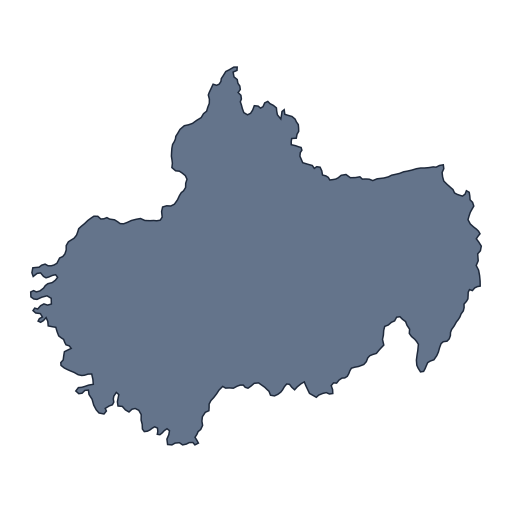 outline of Jaboticatubas, Minas Gerais, Brazil
{"feature_id": "56859067B91288962070993", "entity_name": "Jaboticatubas", "entity_type": "district", "adm_level": 2, "iso_a3": "BRA", "parent_name": "Brazil", "parent_adm1": "Minas Gerais", "projection": "mercator", "projection_center": [-43.732, -19.423], "detail": "fine", "context": "isolated", "style": "filled", "palette": "slate", "viewbox_px": 512, "rotation_deg": 0, "n_neighbors": 0, "source": "geoboundaries", "source_scale": "gbopen_adm2", "svg_char_len": 5937}
<svg xmlns="http://www.w3.org/2000/svg" viewBox="0 0 512 512"><path d="M41.6,265.2L39.1,267.2L35.6,267.5L32.8,267.8L31.9,272.7L33.2,276.5L37.1,273.4L40.6,272.9L43.5,276.4L46.0,277.8L48.8,277.0L52.4,275.4L55.6,274.7L57.6,277.3L55.4,280.2L52.2,282.6L47.8,283.7L45.3,285.6L43.6,288.1L39.8,291.0L36.3,291.9L33.6,290.6L30.7,292.0L30.9,296.9L33.8,299.0L37.0,299.4L41.8,297.2L47.0,295.8L51.2,298.3L51.4,304.0L47.6,305.1L43.9,303.9L40.6,305.7L37.7,309.0L34.7,308.1L33.0,310.6L35.7,313.0L40.4,313.6L42.4,317.0L39.4,318.6L38.1,321.1L40.6,322.3L43.4,320.6L46.1,317.6L47.8,321.4L48.2,325.9L52.2,326.7L55.8,327.3L57.1,331.7L58.7,335.9L61.3,337.9L63.6,339.4L64.7,342.3L66.0,344.8L69.3,345.9L71.2,348.4L68.2,349.8L64.4,351.7L63.7,355.9L63.2,359.9L60.8,362.6L61.0,365.4L64.3,368.0L67.5,369.6L70.4,370.9L74.1,372.4L78.1,374.7L81.8,375.5L84.6,375.2L88.0,374.1L91.7,374.0L92.9,379.4L93.3,384.3L88.6,385.1L84.9,386.4L81.8,387.3L78.4,387.6L75.8,391.0L78.8,393.7L82.1,393.2L84.9,390.4L88.4,390.1L89.0,394.5L92.1,399.3L93.7,405.1L96.2,409.8L99.0,413.0L104.0,414.0L106.4,411.0L105.2,408.4L109.3,405.9L112.4,404.8L113.8,402.1L113.3,399.0L113.8,396.2L116.3,392.4L118.8,394.6L117.4,401.8L118.0,406.0L122.3,406.4L125.4,409.9L129.0,412.0L132.0,409.2L135.2,408.5L138.8,410.3L141.2,414.6L141.1,420.1L142.2,424.3L142.4,429.0L144.3,431.6L147.4,431.2L150.0,429.9L152.2,428.2L154.7,426.8L157.5,428.1L157.8,431.5L157.3,434.3L159.9,434.7L162.2,432.9L164.2,430.7L167.0,428.7L169.5,430.7L168.8,434.7L166.9,439.1L167.6,444.5L171.9,444.9L175.1,443.1L179.4,442.7L182.6,444.9L186.3,444.1L189.2,442.6L192.9,442.5L194.9,444.9L198.4,443.1L196.6,439.8L195.0,437.3L196.9,434.4L198.1,431.6L200.7,429.5L202.6,425.4L201.9,421.1L202.4,416.7L205.3,412.3L208.9,410.7L209.1,407.3L209.1,404.1L210.9,400.6L213.7,397.6L216.7,393.7L219.0,390.1L222.7,386.4L225.6,388.1L229.4,387.9L233.4,388.2L237.1,386.2L240.2,385.1L243.3,385.1L245.2,387.3L248.0,388.2L251.1,386.0L254.2,383.3L258.6,382.9L262.0,385.3L264.8,387.3L266.8,389.3L269.0,391.3L270.5,395.2L274.5,395.9L277.9,394.3L280.8,392.1L282.6,389.8L284.4,386.7L286.7,384.0L289.5,384.3L291.8,387.3L294.6,389.8L297.3,386.8L301.1,383.7L304.3,381.9L305.7,385.4L307.4,389.0L309.5,393.4L313.2,395.5L316.3,397.3L318.7,395.1L322.8,393.4L326.3,392.6L329.4,394.0L332.8,393.5L332.6,389.6L331.2,385.6L333.5,382.9L336.6,383.1L339.1,380.0L342.0,378.1L344.8,377.9L347.3,376.3L348.8,373.6L349.9,370.7L351.4,368.2L354.7,367.2L358.5,366.5L361.2,365.5L363.8,364.5L366.3,361.7L367.8,357.8L369.8,355.7L372.7,354.5L376.4,353.4L379.1,350.1L381.2,347.8L383.8,345.1L382.5,339.4L383.4,335.1L383.7,330.4L384.7,326.4L388.3,325.0L391.4,322.3L394.6,320.9L396.6,317.2L399.9,316.7L402.4,319.2L405.6,321.6L407.0,325.3L409.6,329.2L409.3,333.4L411.5,336.5L414.8,339.3L416.6,341.5L418.4,344.3L418.1,347.3L417.8,350.5L417.1,354.7L416.4,360.1L416.8,365.2L418.1,368.1L420.5,371.9L423.6,371.4L425.1,368.7L426.2,366.0L427.7,362.6L430.4,361.0L433.9,359.8L436.8,355.6L438.4,352.0L439.6,347.6L441.1,343.6L443.3,341.7L447.0,341.2L449.2,338.9L450.4,335.6L450.5,332.5L451.6,329.5L454.2,325.9L456.4,321.9L458.2,319.7L459.9,317.0L461.1,313.9L463.3,310.9L464.1,307.6L464.0,304.1L466.4,301.4L467.9,298.9L468.1,295.3L468.2,292.2L469.5,289.6L472.4,290.6L474.7,287.9L477.4,286.6L480.2,286.1L480.1,281.1L479.6,275.6L478.6,270.2L476.2,265.5L478.2,260.8L477.9,256.8L477.7,253.8L480.4,250.8L481.3,246.1L478.6,241.8L476.3,238.8L478.2,236.0L480.0,233.8L478.5,231.2L476.4,229.1L473.5,226.9L470.3,224.0L468.0,219.7L469.1,215.8L470.3,212.3L472.0,209.2L473.8,206.1L472.6,202.4L470.1,199.8L469.8,196.0L469.2,192.3L466.4,190.7L465.1,194.1L462.5,196.1L459.6,195.2L457.0,194.3L454.5,192.9L453.0,189.6L450.3,187.2L447.1,184.4L443.8,181.1L442.6,176.9L442.1,172.5L443.8,168.7L443.3,164.8L439.4,165.5L436.1,167.2L433.2,166.9L429.0,167.6L424.6,168.0L420.8,168.0L416.5,168.7L411.8,170.1L407.5,171.1L403.6,171.8L399.6,173.4L395.3,174.4L391.6,175.2L388.5,176.8L384.0,178.0L380.6,178.4L377.1,178.8L372.8,180.6L369.3,179.2L365.9,179.0L362.3,179.1L359.9,176.8L355.4,177.6L350.3,177.7L346.0,174.5L341.2,175.3L338.2,177.8L335.7,179.1L332.8,179.6L329.8,180.0L328.3,177.4L325.9,175.9L322.5,175.0L321.8,170.9L320.1,167.2L316.7,166.7L314.3,168.4L312.3,165.5L307.3,164.1L302.7,162.7L301.1,158.9L299.9,156.2L300.3,152.6L301.9,150.2L301.1,147.5L298.3,146.7L295.6,145.7L291.3,144.7L291.2,141.6L291.7,138.5L296.3,138.2L297.0,134.3L298.7,131.3L298.6,127.9L298.3,124.6L296.4,121.9L295.1,119.1L292.0,116.5L287.9,115.3L284.8,114.3L284.2,109.7L282.0,111.5L281.5,115.1L280.8,119.0L277.4,114.8L276.7,111.1L276.4,107.9L273.4,105.4L269.9,103.6L267.8,101.4L264.7,102.9L263.0,106.7L260.5,108.1L258.1,106.1L254.3,105.7L252.7,110.0L250.6,113.3L247.5,114.8L243.8,112.6L242.4,108.7L241.3,104.6L240.3,101.8L241.4,99.0L240.9,95.3L238.1,92.5L240.3,89.5L239.8,86.0L237.9,83.3L237.2,79.5L234.0,76.9L233.1,72.1L237.0,70.4L237.2,67.1L233.8,67.1L229.2,69.8L225.8,71.5L223.0,76.0L221.3,78.6L220.9,81.5L219.1,84.2L216.6,85.3L213.1,84.2L211.0,88.7L209.3,92.3L208.3,95.0L209.4,99.2L209.3,103.4L207.8,107.2L206.6,111.2L203.5,113.7L201.2,117.6L196.6,120.4L192.5,123.4L188.5,124.8L184.3,125.7L180.0,129.4L177.6,133.5L175.8,136.3L175.4,139.1L174.2,141.8L172.6,144.4L171.9,148.2L171.6,152.2L171.4,156.2L172.0,159.9L172.4,163.3L171.9,167.6L175.6,170.8L179.4,171.2L182.1,173.0L185.3,175.6L187.0,179.2L185.7,183.3L185.6,187.5L183.5,190.9L181.3,192.6L179.5,195.5L177.5,199.8L174.4,204.2L170.8,206.0L166.6,205.8L162.6,207.0L161.6,211.5L162.2,217.1L160.2,220.2L156.6,220.8L153.8,220.5L150.1,220.7L144.9,220.5L140.5,218.5L136.1,219.3L131.4,220.5L127.3,222.4L123.6,223.8L120.1,223.6L117.7,221.8L114.5,219.8L109.6,219.1L106.9,217.6L103.9,218.8L100.8,219.0L97.8,216.3L93.9,216.2L90.9,218.2L87.8,220.5L84.6,223.6L81.4,226.2L78.7,228.7L77.7,232.0L76.5,235.2L74.0,238.3L71.2,240.0L68.4,241.8L66.2,245.6L66.2,250.0L64.9,253.9L62.8,256.5L59.6,258.0L58.2,260.8L56.9,263.3L54.0,265.0L51.2,265.8L48.1,265.8L45.1,264.1L41.6,265.2Z" fill="#64748b" stroke="#1e293b" stroke-width="1.5"/></svg>